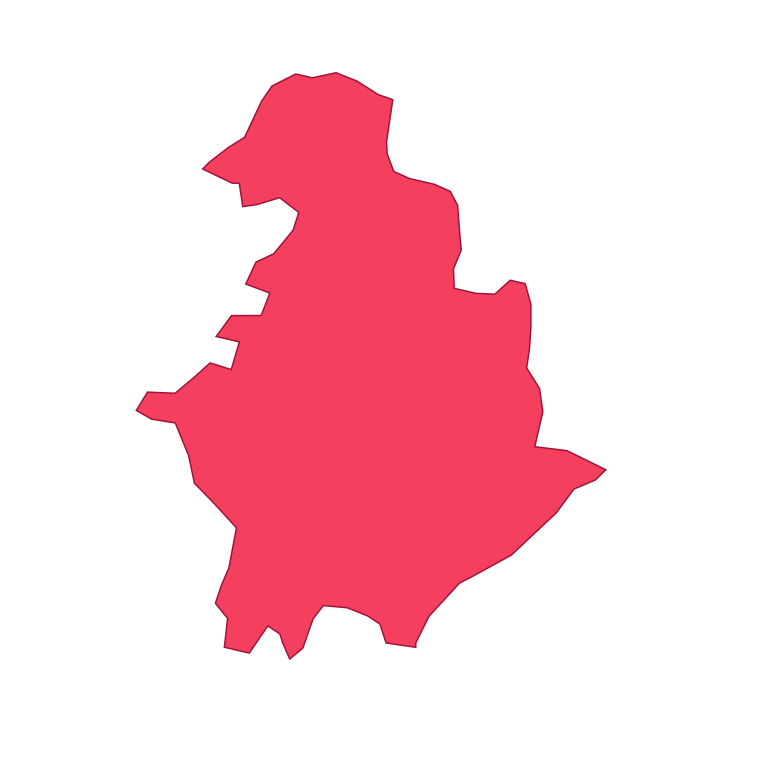 Anseong-si, Gyeonggi, South Korea (Albers equal-area conic projection), rotated 283°
{"feature_id": "91817680B64740203795166", "entity_name": "Anseong-si", "entity_type": "district", "adm_level": 2, "iso_a3": "KOR", "parent_name": "South Korea", "parent_adm1": "Gyeonggi", "projection": "albers", "projection_center": [127.32, 37.016], "detail": "fine", "context": "isolated", "style": "filled", "palette": "rose", "viewbox_px": 768, "rotation_deg": 283, "n_neighbors": 0, "source": "geoboundaries", "source_scale": "gbopen_adm2", "svg_char_len": 1260}
<svg xmlns="http://www.w3.org/2000/svg" viewBox="0 0 768 768"><g transform="rotate(283 384 384)"><path d="M552.7,159.0L545.5,191.0L547.2,197.8L525.1,206.4L530.2,219.9L542.1,240.3L532.0,262.4L513.3,260.8L486.0,247.2L474.1,231.9L450.3,226.8L446.9,252.3L423.1,248.9L416.3,220.0L392.5,209.8L392.5,233.6L363.7,231.9L365.4,209.8L348.4,197.9L328.0,182.6L322.9,155.4L302.5,148.6L297.4,165.6L299.1,189.4L270.2,209.8L244.7,221.6L229.4,245.4L210.6,272.6L169.8,274.2L151.1,270.8L132.4,269.1L120.5,284.3L91.6,287.7L91.5,313.2L122.1,325.2L117.0,338.8L108.5,343.8L94.8,354.0L108.4,364.3L139.1,367.7L154.4,374.6L157.7,398.4L154.3,420.5L149.1,434.1L132.1,444.3L134.6,474.2L138.9,473.2L167.8,480.1L206.9,502.3L217.1,514.2L246.0,546.6L271.6,563.7L297.1,580.8L324.4,592.7L338.0,611.5L350.3,619.4L360.2,577.4L356.8,545.0L392.6,545.0L414.7,536.5L431.7,519.4L452.2,517.7L472.6,514.3L494.7,509.2L513.5,499.0L513.5,483.6L496.4,471.7L493.0,453.0L493.0,430.9L511.7,425.8L532.1,429.1L547.4,424.0L574.7,415.5L586.6,405.2L589.9,388.2L589.9,362.7L593.3,345.7L608.6,335.5L620.5,332.0L663.0,328.6L664.7,313.2L673.1,289.4L676.5,267.3L666.2,245.2L666.2,228.2L649.2,207.9L632.1,201.1L593.1,192.7L579.4,179.1L560.7,163.8L552.7,159.0Z" fill="#f43f5e" stroke="#9f1239" stroke-width="1.5"/></g></svg>